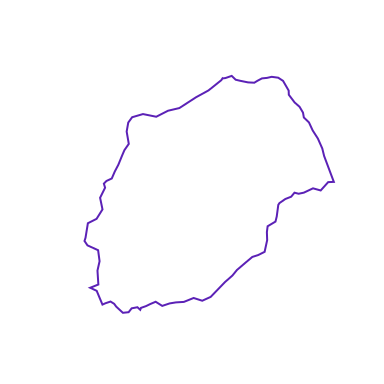 Anarita, Paphos, Cyprus, rotated 224°
{"feature_id": "46923920B9699971041425", "entity_name": "Anarita", "entity_type": "district", "adm_level": 2, "iso_a3": "CYP", "parent_name": "Cyprus", "parent_adm1": "Paphos", "projection": "natural_earth1", "projection_center": [32.54, 34.745], "detail": "fine", "context": "isolated", "style": "outline", "palette": "violet", "viewbox_px": 384, "rotation_deg": 224, "n_neighbors": 0, "source": "geoboundaries", "source_scale": "gbopen_adm2", "svg_char_len": 1407}
<svg xmlns="http://www.w3.org/2000/svg" viewBox="0 0 384 384"><g transform="rotate(224 192 192)"><path d="M147.4,71.3L148.2,73.2L145.8,78.0L144.2,82.4L141.9,87.8L134.3,89.4L130.7,96.3L126.9,101.4L121.5,107.3L117.2,116.9L109.1,120.9L105.7,129.5L105.7,136.4L105.7,143.3L105.7,150.3L104.9,160.0L105.5,167.2L104.4,178.6L103.5,187.2L100.6,192.6L98.2,199.4L104.5,209.6L110.3,215.2L113.8,219.9L111.4,228.7L114.0,233.2L121.0,242.7L121.4,244.8L120.0,251.8L117.4,257.5L117.8,262.7L114.1,264.8L111.1,269.2L107.5,278.7L100.5,282.5L100.9,293.7L97.0,297.8L122.0,309.7L128.5,313.8L138.6,317.9L147.9,320.1L156.2,323.3L163.3,323.3L167.3,326.2L173.8,328.0L180.4,327.7L189.9,329.2L192.9,332.1L203.7,335.2L209.4,334.1L214.7,330.2L217.3,326.2L220.6,322.3L222.2,317.4L223.1,313.9L227.8,309.8L234.7,305.4L238.6,303.1L244.1,303.1L247.1,297.2L248.9,294.9L249.0,294.9L248.6,292.8L250.7,276.5L254.9,263.0L259.4,243.6L265.7,233.8L270.0,221.3L281.4,214.0L287.0,204.2L286.1,197.7L281.0,190.1L270.9,182.7L269.7,175.2L267.7,169.9L263.9,160.4L261.8,153.2L259.1,146.0L261.2,140.5L261.2,136.8L257.5,134.7L254.1,124.0L244.3,117.3L242.0,106.4L245.2,97.2L236.8,85.1L235.3,82.1L230.1,81.0L219.1,84.9L210.4,78.0L205.4,69.8L195.1,60.4L198.7,52.4L191.9,54.7L184.5,51.5L178.2,48.8L177.0,51.8L174.5,56.6L170.3,57.5L166.9,56.9L161.9,57.0L157.8,57.1L154.1,61.5L154.6,66.4L151.2,71.2L147.4,71.3Z" fill="none" stroke="#5b21b6" stroke-width="2"/></g></svg>